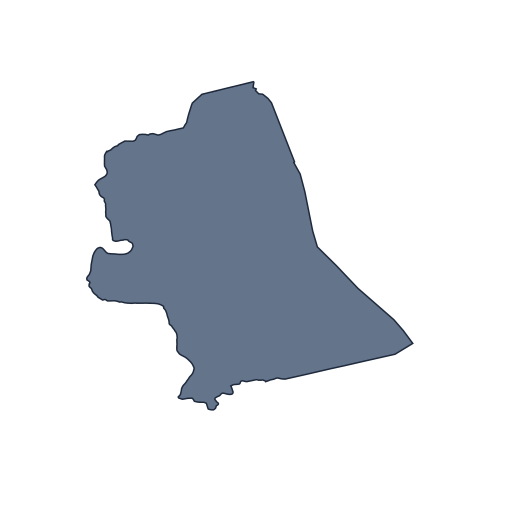 the district of Thamazo, Dennery, Saint Lucia, rotated 112°
{"feature_id": "8701671B30671419360126", "entity_name": "Thamazo", "entity_type": "district", "adm_level": 2, "iso_a3": "LCA", "parent_name": "Saint Lucia", "parent_adm1": "Dennery", "projection": "natural_earth1", "projection_center": [-60.943, 13.934], "detail": "fine", "context": "isolated", "style": "filled", "palette": "slate", "viewbox_px": 512, "rotation_deg": 112, "n_neighbors": 0, "source": "geoboundaries", "source_scale": "gbopen_adm2", "svg_char_len": 6094}
<svg xmlns="http://www.w3.org/2000/svg" viewBox="0 0 512 512"><g transform="rotate(112 256 256)"><path d="M407.2,275.2L408.1,275.0L408.6,274.9L409.3,274.7L410.5,274.5L412.2,274.3L412.7,274.3L413.9,274.5L414.1,274.6L414.8,274.9L415.4,275.3L415.6,275.3L415.8,275.3L416.2,275.1L416.6,274.5L416.4,270.6L413.6,266.1L411.8,262.2L412.2,260.7L413.8,258.7L413.3,255.5L412.5,252.9L411.1,249.4L411.2,246.8L414.9,243.8L415.8,242.9L415.6,240.9L415.2,239.4L414.7,238.1L414.6,237.8L413.4,237.0L412.3,236.5L411.5,236.5L409.9,236.7L409.4,236.5L409.0,236.1L408.4,235.7L407.9,235.5L407.4,235.4L406.8,235.7L406.6,235.9L406.2,236.7L405.9,238.2L405.1,239.0L404.6,240.2L403.8,240.7L403.2,240.7L402.2,240.2L401.6,239.7L400.5,238.8L399.8,238.0L399.3,237.6L398.4,237.1L396.7,236.6L396.2,236.2L395.7,235.6L395.4,234.8L395.2,234.0L394.9,231.2L394.5,229.4L393.9,227.8L393.3,226.9L392.7,226.3L392.1,226.1L391.3,226.1L390.6,226.4L390.3,226.6L389.1,227.7L387.6,228.9L386.5,230.0L386.3,230.3L385.9,230.7L385.6,230.4L385.1,230.0L384.3,229.3L383.5,228.4L382.6,226.5L381.5,224.4L381.0,223.6L380.6,223.3L379.7,223.1L379.2,223.2L378.6,223.2L378.0,223.1L377.5,222.8L377.0,222.2L376.8,221.8L376.6,220.8L376.3,218.8L376.1,217.8L375.7,217.1L372.6,212.4L371.7,211.1L371.3,210.5L370.9,209.9L370.6,209.4L370.4,208.9L370.3,208.3L370.2,207.2L369.1,204.5L368.6,203.7L368.4,203.2L368.4,202.0L368.4,200.7L368.5,200.3L368.9,200.0L367.1,197.9L365.6,196.4L363.6,193.4L361.8,191.6L361.0,190.4L360.4,186.5L359.3,183.0L346.8,164.9L332.7,144.8L324.5,132.8L312.5,115.6L295.0,90.3L278.3,77.9L270.0,91.5L263.4,104.4L247.8,149.4L234.8,178.0L224.6,202.5L211.6,212.8L178.1,234.8L163.5,245.7L155.2,256.0L154.3,255.5L108.2,299.0L105.4,304.0L103.5,310.4L104.6,314.2L102.8,318.4L101.0,318.4L101.0,321.8L95.6,323.1L95.4,323.8L126.3,366.7L138.0,372.3L140.0,372.3L148.9,371.6L154.1,371.0L158.3,370.3L161.4,371.0L164.4,371.3L167.5,375.8L169.7,378.8L171.9,382.3L174.2,385.6L176.7,387.9L178.9,389.8L180.6,392.1L180.8,394.4L181.1,397.3L182.5,399.9L184.2,401.2L184.7,404.1L185.8,407.1L187.2,409.7L189.7,411.0L191.9,411.0L193.9,411.3L195.6,412.9L198.6,420.7L201.7,423.3L204.2,425.3L205.6,425.6L207.2,427.6L208.9,428.9L212.2,430.5L214.5,432.8L214.9,433.7L215.0,433.7L215.2,433.1L215.8,433.7L216.0,433.8L216.7,433.9L217.0,434.0L218.2,434.0L218.5,434.1L219.3,434.1L219.6,434.0L220.4,433.8L220.7,433.7L221.6,433.3L222.5,432.9L223.6,432.5L224.4,432.2L224.6,432.1L225.2,431.9L226.6,431.3L227.7,430.9L228.0,430.7L229.1,430.2L229.5,430.0L229.7,429.7L230.1,429.1L230.4,428.8L230.8,428.3L231.0,427.9L231.2,427.7L232.0,426.8L232.2,426.7L232.4,426.4L233.0,426.0L233.2,425.9L233.4,425.7L233.6,425.6L233.8,425.5L234.0,425.4L234.7,425.1L235.4,425.0L236.4,425.1L236.7,425.2L236.8,425.2L237.1,425.2L237.7,425.5L237.9,425.5L238.5,425.7L239.6,426.5L240.6,427.3L240.9,427.4L241.8,428.3L242.6,428.9L242.7,429.0L243.3,429.5L243.5,429.6L243.8,429.8L244.8,430.5L245.7,430.8L246.5,431.1L247.0,431.3L250.3,432.1L250.7,431.4L251.4,430.5L251.6,430.1L252.1,429.5L252.6,428.8L252.9,428.5L253.0,428.4L253.2,428.1L254.4,426.5L254.5,426.3L254.8,426.0L255.7,425.4L256.1,425.2L256.3,425.1L256.6,424.9L256.8,424.7L257.0,424.6L257.3,424.3L257.5,424.1L258.0,423.4L258.2,423.2L258.3,422.8L258.5,422.6L258.9,421.3L259.0,421.0L259.0,420.8L259.0,420.6L259.1,419.7L259.2,419.2L259.4,418.7L260.0,417.9L262.0,417.2L262.5,416.5L263.1,415.8L263.4,415.5L264.0,415.0L264.7,414.6L264.9,414.5L265.3,414.5L265.9,414.3L266.2,414.1L267.1,413.6L268.1,413.1L269.2,412.6L270.0,412.3L270.7,412.1L271.3,412.0L273.1,411.1L274.0,410.6L274.3,410.5L275.1,410.3L275.4,410.1L275.7,409.8L276.3,409.1L276.8,408.1L277.3,407.2L277.4,406.7L277.6,406.2L278.1,405.2L278.4,404.6L278.8,404.1L279.0,403.9L279.9,403.6L280.4,403.0L280.7,402.8L281.7,402.3L282.6,401.7L283.5,401.2L284.1,400.8L285.2,400.1L286.3,399.6L287.0,399.3L288.0,398.7L288.8,398.3L291.8,396.6L292.5,396.0L294.6,395.1L295.1,394.3L295.0,391.9L294.1,390.0L293.4,389.0L292.2,387.4L291.0,385.1L290.2,384.2L289.7,383.1L289.1,381.0L289.8,379.9L290.1,378.8L290.3,376.2L290.9,375.1L293.0,373.6L296.9,373.7L298.8,374.3L301.4,375.9L303.1,377.9L304.2,379.8L304.4,380.2L306.0,384.1L306.7,386.8L308.2,391.1L309.1,394.2L308.9,395.7L308.4,396.9L307.1,399.5L306.3,401.3L306.3,403.4L307.0,404.6L308.5,406.0L310.8,406.8L313.4,407.3L317.1,407.3L324.0,405.9L325.6,405.6L328.7,404.6L331.5,403.7L334.8,403.6L336.1,403.8L338.3,404.5L339.7,404.6L340.4,404.4L341.5,403.8L341.7,402.5L342.2,400.6L343.2,399.9L344.3,400.2L345.4,399.9L346.5,399.5L347.2,398.3L347.8,396.5L350.0,394.4L351.1,392.6L351.8,390.7L352.3,388.8L353.0,387.7L353.4,387.0L354.3,381.7L353.1,380.2L352.8,379.1L353.0,378.3L353.3,377.0L352.8,375.6L350.6,370.7L350.0,368.2L349.8,365.1L348.9,363.5L348.6,360.5L347.9,357.8L346.4,353.4L345.3,351.3L345.2,351.2L345.0,350.8L344.6,349.4L343.5,346.7L342.8,344.8L340.8,340.2L339.8,337.3L339.2,335.8L338.7,334.3L338.4,333.6L338.0,332.5L337.3,330.1L337.2,329.6L337.0,328.6L336.9,327.3L336.9,326.1L336.9,325.4L337.1,324.2L337.2,323.4L337.4,322.8L338.1,322.5L339.0,321.9L339.2,321.5L339.4,321.1L339.8,320.2L340.1,319.7L341.4,318.4L342.7,317.2L344.7,315.8L345.5,315.1L347.1,313.7L348.2,312.8L349.5,312.0L351.1,311.2L351.5,310.9L351.8,310.5L351.8,310.4L352.0,309.9L352.3,308.6L352.6,307.9L353.0,307.3L353.6,306.5L353.9,306.0L354.4,305.1L354.6,304.8L354.8,304.3L355.1,303.9L355.7,303.3L356.1,302.6L356.4,302.0L356.7,301.6L357.1,301.1L357.8,300.5L359.2,299.5L360.1,299.1L361.2,298.5L361.5,298.4L363.0,298.1L363.6,297.9L367.9,296.0L369.0,295.7L371.4,294.8L372.8,294.1L373.2,293.8L373.5,293.5L373.9,293.0L374.4,292.1L375.2,290.8L375.4,290.4L375.6,289.9L375.8,288.8L375.9,288.1L376.0,287.5L376.0,287.0L376.1,286.1L376.3,284.2L376.3,283.8L376.6,282.7L376.7,282.2L377.3,280.3L378.3,278.0L378.5,277.3L379.4,275.7L379.7,275.1L380.9,273.6L381.5,273.0L382.4,272.0L382.8,271.6L383.2,271.3L383.7,271.2L385.2,271.0L386.2,270.8L387.1,270.8L388.4,270.8L389.4,271.0L390.5,271.3L391.1,271.5L392.6,272.1L393.2,272.3L393.6,272.4L395.2,272.6L397.6,273.3L398.2,273.4L398.6,273.4L399.0,273.5L400.8,274.0L403.0,274.9L403.5,275.0L405.3,275.3L406.6,275.3L407.2,275.2Z" fill="#64748b" stroke="#1e293b" stroke-width="1.5"/></g></svg>